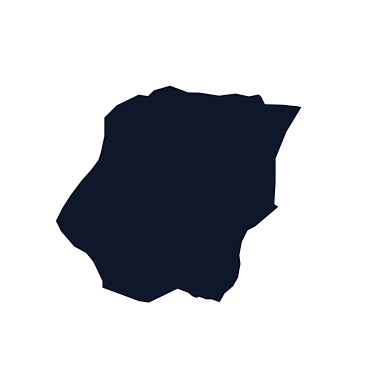 outline of Sunchon City, P'yŏngan-namdo, North Korea, rotated 154°
{"feature_id": "82179303B13009461499859", "entity_name": "Sunchon City", "entity_type": "district", "adm_level": 2, "iso_a3": "PRK", "parent_name": "North Korea", "parent_adm1": "P'yŏngan-namdo", "projection": "natural_earth1", "projection_center": [125.947, 39.488], "detail": "fine", "context": "isolated", "style": "filled", "palette": "ink", "viewbox_px": 384, "rotation_deg": 154, "n_neighbors": 0, "source": "geoboundaries", "source_scale": "gbopen_adm2", "svg_char_len": 909}
<svg xmlns="http://www.w3.org/2000/svg" viewBox="0 0 384 384"><g transform="rotate(154 192 192)"><path d="M57.8,220.4L59.6,221.9L72.9,230.2L88.8,238.5L88.7,246.7L89.7,249.7L99.3,252.3L109.9,260.6L125.9,266.1L141.8,277.2L152.4,282.7L165.6,296.5L181.6,299.3L189.6,296.6L197.5,302.1L208.2,302.1L221.5,302.2L237.6,296.7L245.7,280.2L256.5,266.5L261.9,261.0L272.6,255.5L286.0,250.0L302.0,241.8L315.4,233.6L326.2,225.3L326.2,214.3L321.1,195.0L313.2,184.0L310.6,173.0L310.6,164.7L310.8,150.9L313.5,145.4L302.9,134.4L295.0,126.1L287.1,117.8L279.1,112.3L265.8,112.2L255.1,112.2L247.1,112.2L239.2,103.9L236.6,98.4L234.0,95.6L231.3,95.6L226.0,90.1L220.7,87.3L215.4,81.8L207.4,87.3L196.7,90.0L188.7,95.5L180.6,106.5L177.8,114.8L169.7,125.8L159.0,134.0L151.0,134.0L140.3,136.7L129.7,139.4L122.0,141.4L124.3,144.9L113.4,164.2L102.6,186.2L81.1,205.4L57.8,220.4Z" fill="#0f172a" stroke="#020617" stroke-width="1.5"/></g></svg>